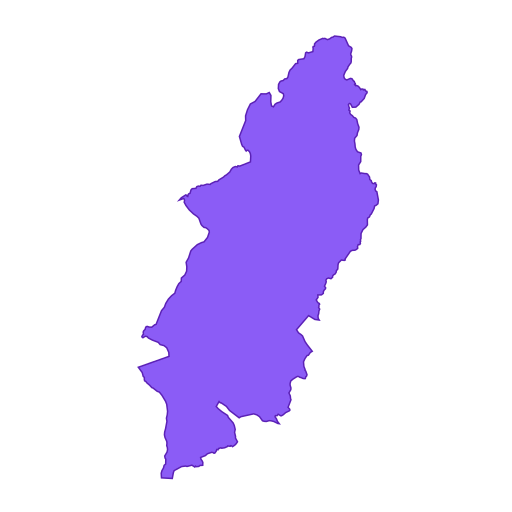 outline of Tatatila, Veracruz, Mexico, rotated 344°
{"feature_id": "50627088B81472042875612", "entity_name": "Tatatila", "entity_type": "district", "adm_level": 2, "iso_a3": "MEX", "parent_name": "Mexico", "parent_adm1": "Veracruz", "projection": "natural_earth1", "projection_center": [-97.084, 19.713], "detail": "fine", "context": "isolated", "style": "filled", "palette": "violet", "viewbox_px": 512, "rotation_deg": 344, "n_neighbors": 0, "source": "geoboundaries", "source_scale": "gbopen_adm2", "svg_char_len": 6118}
<svg xmlns="http://www.w3.org/2000/svg" viewBox="0 0 512 512"><g transform="rotate(344 256 256)"><path d="M197.7,181.1L202.2,180.8L202.6,181.3L202.7,182.8L201.8,184.5L202.6,188.2L204.6,193.4L207.5,198.3L210.2,201.6L211.5,203.9L211.9,210.3L212.4,211.8L213.9,214.2L215.5,214.9L216.6,216.2L217.9,218.5L217.7,220.2L214.5,224.8L209.9,228.1L207.3,228.1L202.7,228.9L196.4,232.0L194.7,233.2L190.7,239.2L187.1,242.8L186.5,247.4L185.1,251.5L182.3,254.7L178.2,256.6L177.1,259.8L174.2,261.3L171.8,263.7L169.3,266.8L167.7,269.4L163.9,270.9L159.9,273.3L156.2,276.7L153.8,280.0L150.1,282.5L141.1,294.2L139.6,294.2L136.1,295.7L133.6,294.8L132.3,293.8L131.0,293.6L129.8,294.8L129.3,295.9L127.4,297.0L126.6,298.0L126.2,300.3L125.4,300.6L124.1,301.9L124.2,302.8L124.8,303.4L127.4,302.6L129.1,303.4L130.0,305.2L133.1,308.2L138.3,312.1L139.4,314.7L142.9,316.8L144.9,319.6L145.6,324.7L144.7,328.5L112.2,330.5L114.5,336.7L114.4,340.7L115.2,341.9L114.6,343.9L114.5,345.3L115.5,346.2L116.2,348.0L118.1,350.8L119.6,353.8L120.7,354.6L123.7,358.8L125.6,360.2L127.2,364.0L129.0,370.7L129.3,373.9L128.2,380.9L126.9,384.2L125.2,387.2L124.8,390.4L121.4,397.2L119.7,400.0L118.7,402.6L118.5,405.3L119.1,409.7L118.8,411.4L117.9,413.7L118.0,415.6L117.6,417.8L116.4,420.0L113.1,423.1L112.9,425.2L113.3,426.4L111.8,431.1L110.0,431.9L108.6,434.3L106.5,436.3L105.0,438.7L104.0,443.2L114.2,446.8L116.9,441.4L118.2,439.7L126.4,437.9L130.4,438.5L131.7,439.3L136.7,439.4L139.0,442.0L139.8,441.3L140.7,442.1L143.0,442.5L144.4,441.9L147.1,442.5L148.0,439.8L147.8,438.2L147.1,436.2L147.2,434.4L152.4,433.9L154.8,432.7L159.3,432.5L160.7,433.2L161.2,434.0L162.1,434.1L164.1,432.5L164.9,431.2L166.1,431.8L166.9,430.7L168.0,431.0L168.6,430.6L169.4,430.7L170.0,431.3L173.1,431.7L175.9,431.3L176.4,430.8L178.8,431.8L179.2,431.3L179.9,431.5L180.9,432.8L183.6,431.9L185.2,431.0L187.0,429.5L186.1,425.3L186.6,423.8L186.8,419.6L188.2,417.0L188.4,412.8L188.0,410.1L184.9,403.5L184.7,401.4L180.4,396.4L177.6,392.4L176.3,389.7L180.4,385.7L181.2,387.3L182.0,387.5L186.1,392.4L188.0,397.2L195.2,406.9L197.1,406.3L210.3,407.1L213.1,409.0L215.1,411.4L216.8,416.2L218.4,417.2L220.3,417.9L223.3,417.9L225.1,418.6L227.4,419.9L230.8,423.0L232.1,423.6L231.0,420.8L230.8,418.2L230.0,415.9L230.3,415.1L230.8,414.8L232.2,415.3L233.7,414.2L235.7,416.4L236.4,416.6L238.4,416.1L241.4,414.7L245.4,414.0L246.1,413.5L246.2,412.6L245.1,410.3L250.0,403.8L249.9,402.7L250.4,399.9L249.9,396.7L252.6,394.1L253.2,392.5L253.2,389.4L253.6,388.0L255.0,385.7L257.7,384.5L261.8,383.3L262.9,383.2L263.9,383.7L264.8,384.8L266.0,385.4L267.0,386.4L268.5,387.2L269.6,387.4L270.6,385.8L271.5,385.4L272.3,384.2L272.1,380.4L271.6,379.2L271.9,378.7L271.6,375.3L272.5,370.8L274.8,368.1L277.7,365.7L279.0,365.8L281.6,363.7L283.8,363.1L280.7,355.4L279.5,351.7L278.7,345.7L277.6,343.9L275.7,341.6L274.6,338.0L290.1,327.8L295.1,333.2L299.1,335.0L298.6,333.1L299.1,330.5L300.3,328.8L301.4,326.1L302.6,324.6L302.0,322.7L302.6,321.9L302.9,320.5L303.8,320.0L303.8,319.1L303.0,318.4L302.4,317.3L301.8,314.8L304.2,312.9L304.7,310.5L308.2,311.4L310.4,310.5L310.8,309.1L311.8,307.8L313.8,306.6L314.2,305.7L313.5,303.9L315.3,301.8L316.4,300.2L316.5,298.6L317.6,297.4L319.6,297.1L321.8,298.5L323.8,297.5L324.1,296.4L325.3,295.5L327.0,295.1L328.5,293.8L329.2,292.3L331.0,291.1L332.5,286.9L333.5,285.3L336.9,283.4L339.7,284.6L340.7,284.4L340.7,283.5L348.0,277.5L350.0,277.1L352.7,277.7L354.6,277.3L356.0,276.5L356.1,275.0L357.4,273.2L358.9,273.6L359.8,272.8L360.0,271.2L360.6,270.8L360.9,269.1L361.7,268.2L363.2,263.3L366.1,260.1L369.5,258.5L371.7,256.8L373.0,251.9L373.8,250.3L375.8,249.7L377.3,247.8L378.3,247.5L382.6,242.9L383.8,240.6L385.4,240.4L387.6,239.4L389.1,235.9L389.9,227.5L389.1,226.7L388.8,225.0L389.4,223.5L390.6,222.5L391.4,220.8L390.9,219.9L391.1,218.8L390.4,218.4L389.4,219.0L388.0,218.3L387.5,216.6L387.5,215.2L386.5,213.9L386.9,211.4L385.8,208.0L384.6,207.1L383.6,206.9L380.0,205.2L378.8,205.5L378.4,201.7L379.7,196.8L382.7,194.1L384.2,189.0L385.3,187.6L385.3,185.9L382.3,183.8L381.4,180.9L381.4,178.6L382.0,175.6L382.3,172.6L383.3,170.0L386.3,168.0L387.5,165.5L389.7,162.7L390.5,160.6L390.2,156.8L390.5,152.6L389.7,150.8L388.2,149.7L387.3,147.6L386.0,146.0L385.5,144.2L386.4,142.6L385.5,141.3L386.6,139.6L386.4,138.0L386.6,135.9L387.8,135.1L388.8,135.7L389.6,139.6L393.0,140.4L396.8,138.6L398.6,136.7L399.5,136.8L403.4,134.4L405.9,131.0L407.8,129.7L408.0,128.4L407.2,128.0L406.5,125.9L405.7,126.2L404.9,125.8L404.9,125.1L403.7,124.6L402.6,125.0L401.9,122.6L401.0,120.9L399.6,119.8L398.8,119.8L398.1,118.5L398.9,118.2L399.0,117.5L398.6,117.0L398.6,115.2L398.0,114.7L397.1,112.0L395.7,111.3L391.8,111.8L390.5,110.7L389.9,109.2L389.9,107.9L390.2,106.4L392.8,103.2L395.7,101.0L396.6,99.5L399.0,97.5L400.4,96.6L401.1,95.4L402.1,92.2L402.8,91.1L402.9,90.1L402.6,88.9L402.8,87.7L404.4,85.3L405.4,83.1L405.1,81.8L402.9,79.4L401.7,71.1L400.7,69.9L399.1,69.6L397.7,68.5L392.1,66.2L390.2,66.8L388.9,66.7L386.6,67.6L384.3,67.7L382.2,65.8L380.6,65.6L380.2,65.2L376.0,65.7L372.5,67.0L370.7,68.3L370.2,70.1L369.9,70.5L368.7,70.4L368.3,70.9L368.1,72.4L367.0,75.2L362.4,75.2L360.8,74.0L359.7,74.4L358.1,77.8L356.4,79.6L351.1,78.9L350.0,79.5L349.2,82.3L347.1,82.0L342.4,85.4L340.1,86.6L338.3,88.6L336.0,92.8L334.5,94.0L332.4,93.7L330.5,94.8L328.3,94.7L327.1,95.1L325.0,97.2L323.6,101.2L323.9,104.4L327.0,107.5L326.8,109.7L325.4,111.9L323.5,113.5L321.6,114.6L318.3,114.7L316.1,115.4L313.9,117.4L312.3,116.1L312.7,111.8L314.6,105.8L313.8,102.5L310.6,103.0L305.5,101.5L297.7,107.2L292.5,108.3L288.1,113.1L284.6,118.4L283.4,123.0L273.0,136.5L273.0,144.6L273.3,146.8L274.5,148.2L275.0,151.2L275.5,152.4L276.4,151.9L277.5,152.2L278.5,154.0L278.8,156.1L278.5,158.5L276.6,164.0L265.2,165.1L263.5,164.3L262.6,165.2L260.8,164.3L258.3,164.6L256.2,165.8L254.0,168.0L249.9,169.9L248.4,170.2L246.5,171.2L241.3,172.6L239.7,173.7L237.4,173.2L232.6,174.0L231.8,174.6L228.7,173.4L224.7,173.6L222.6,172.8L221.5,173.6L219.9,172.9L218.2,173.0L216.9,174.4L213.2,173.7L211.8,174.5L209.8,177.6L208.7,177.6L207.8,178.1L206.8,180.0L206.3,179.7L206.0,178.5L205.4,177.9L200.3,179.4L197.7,181.1Z" fill="#8b5cf6" stroke="#5b21b6" stroke-width="1.5"/></g></svg>